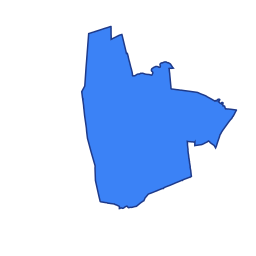 Crevedia, Dâmbovita, Romania, rotated 123°
{"feature_id": "2599482B81123677964988", "entity_name": "Crevedia", "entity_type": "district", "adm_level": 2, "iso_a3": "ROU", "parent_name": "Romania", "parent_adm1": "Dâmbovita", "projection": "mercator", "projection_center": [25.909, 44.603], "detail": "fine", "context": "isolated", "style": "filled", "palette": "blue", "viewbox_px": 256, "rotation_deg": 123, "n_neighbors": 0, "source": "geoboundaries", "source_scale": "gbopen_adm2", "svg_char_len": 5069}
<svg xmlns="http://www.w3.org/2000/svg" viewBox="0 0 256 256"><g transform="rotate(123 128 128)"><path d="M204.8,111.1L204.7,110.5L204.0,109.0L202.9,106.4L202.3,105.3L202.1,104.7L202.1,104.2L201.3,102.6L200.7,101.2L200.0,99.8L199.3,98.2L199.1,98.0L199.2,97.6L199.2,97.2L199.2,96.8L199.0,96.5L198.9,96.4L198.5,93.1L198.5,92.5L200.3,91.4L200.0,91.0L199.3,90.8L198.6,90.0L198.4,88.9L197.6,88.1L196.6,87.8L195.2,87.2L194.2,86.4L194.1,85.9L194.5,85.0L194.6,84.2L194.3,83.8L193.3,82.9L193.0,82.4L192.6,81.7L192.0,81.1L190.4,79.7L189.1,78.3L184.0,76.7L180.8,75.4L180.5,75.1L178.9,75.3L177.6,75.6L172.5,75.0L171.7,74.5L170.0,73.2L160.1,66.3L159.6,65.6L159.5,65.4L158.5,65.3L157.0,64.4L153.2,61.6L150.1,59.5L147.8,58.0L146.4,57.0L144.7,55.8L143.0,54.7L142.2,54.1L142.3,53.9L140.9,53.3L138.5,51.5L135.5,49.3L135.5,49.2L135.4,49.2L135.1,49.0L134.9,48.9L134.6,48.7L134.4,48.6L134.1,48.5L133.9,48.5L133.7,48.7L133.5,48.9L132.9,49.5L132.4,49.9L132.2,50.1L131.9,50.3L131.7,50.4L131.5,50.6L131.3,50.8L130.6,51.3L130.2,51.7L129.5,52.2L128.7,53.0L127.9,53.8L127.7,53.9L127.6,54.0L127.4,54.2L127.3,54.4L126.5,54.8L126.4,54.9L126.2,55.1L126.0,55.3L125.7,55.5L124.9,56.3L124.6,56.5L124.4,56.7L124.2,56.9L124.0,57.1L123.9,57.3L123.4,57.6L123.2,57.8L122.7,58.1L122.6,58.3L122.4,58.4L122.2,58.6L122.0,58.8L121.6,59.2L120.9,59.7L120.6,59.9L120.5,60.1L120.4,60.3L120.3,60.5L120.1,60.6L119.8,60.8L119.7,60.9L119.4,61.0L119.2,61.2L119.1,61.4L118.9,61.6L118.7,61.7L118.5,61.8L117.1,63.0L116.6,63.5L115.6,64.4L115.2,64.6L115.0,64.9L114.9,65.0L114.5,65.3L113.7,65.7L112.8,66.4L112.1,67.0L111.3,67.7L110.7,68.1L110.1,68.7L109.2,69.3L108.5,69.7L108.3,70.0L108.0,70.2L107.3,70.7L106.9,71.0L106.7,70.3L105.4,68.0L105.3,67.7L105.1,67.3L104.7,66.7L104.5,66.4L104.3,65.9L104.2,65.6L103.6,64.5L103.5,64.3L103.3,64.3L106.4,62.4L106.0,62.0L102.0,57.4L101.7,57.1L100.2,56.1L98.9,55.4L96.4,53.9L95.1,53.5L95.1,53.2L95.1,52.5L95.1,51.9L95.5,51.2L95.6,49.6L95.7,46.3L96.5,44.7L96.7,44.3L97.0,43.7L95.2,44.0L90.5,45.3L86.0,46.4L83.2,47.2L82.8,47.1L82.3,47.1L81.2,47.2L80.9,47.3L80.7,47.3L78.1,47.3L69.9,46.9L68.1,46.8L65.6,46.6L64.4,46.4L63.7,46.2L63.4,46.3L63.1,46.2L62.2,46.3L61.5,46.4L61.2,46.4L61.0,46.2L59.6,46.3L58.3,46.4L57.4,46.5L56.9,46.6L54.0,46.8L53.9,46.9L56.4,52.2L56.8,52.9L57.3,54.0L57.9,54.9L58.4,56.0L58.7,56.4L58.6,56.5L58.7,56.8L58.5,57.1L58.3,57.5L57.9,57.9L57.7,58.4L57.2,58.6L57.1,58.8L57.2,59.5L57.3,60.0L57.5,60.2L57.7,60.3L57.6,60.5L57.3,60.7L57.1,60.9L56.8,61.1L56.7,61.3L56.7,61.5L56.8,61.8L56.9,62.0L56.7,62.1L56.3,61.8L55.8,61.7L55.4,61.8L55.1,62.1L55.1,62.4L55.1,62.6L55.3,63.0L55.5,63.2L55.7,63.3L56.4,63.3L56.7,63.4L56.9,63.5L57.0,63.7L57.0,64.4L56.9,65.0L56.6,65.5L56.6,65.8L56.6,66.2L56.8,66.4L56.8,66.6L56.7,66.8L56.4,66.8L56.0,66.7L55.3,66.4L55.1,66.3L54.4,66.4L54.2,66.5L54.1,66.8L54.1,67.0L54.3,67.4L54.7,68.0L55.1,68.2L55.9,68.5L57.2,68.7L57.5,68.9L57.5,69.3L57.4,69.6L57.5,69.7L58.1,69.9L58.1,70.0L58.3,73.8L58.6,77.7L58.7,78.2L58.7,78.6L58.6,79.5L58.7,80.1L58.8,81.0L59.0,81.9L59.0,82.0L59.1,82.4L59.1,82.6L59.3,83.5L59.4,83.8L59.7,85.4L59.9,86.1L59.9,86.4L60.0,87.1L60.1,87.5L60.1,87.8L60.1,88.0L60.4,89.3L63.8,96.6L66.0,101.2L67.3,104.0L67.6,104.4L67.7,104.6L68.7,106.9L69.3,108.0L70.6,110.8L71.6,112.8L71.6,113.0L71.5,113.3L71.4,113.5L70.0,114.5L68.4,115.8L67.0,116.9L59.8,122.6L59.6,122.7L58.7,123.5L57.5,124.5L55.9,125.7L55.7,126.0L55.3,125.6L54.2,123.9L53.1,122.6L53.0,122.9L52.9,123.5L51.9,125.7L51.5,126.6L51.3,127.1L51.2,127.6L51.2,128.3L51.3,129.8L51.6,130.2L51.8,130.5L51.8,130.8L51.8,131.4L51.8,131.7L51.9,132.1L52.0,132.3L52.8,133.4L53.1,133.7L53.6,133.9L54.2,134.4L54.6,134.6L54.7,134.8L55.0,135.2L55.1,135.3L55.5,135.6L55.8,135.7L56.1,135.8L56.3,135.9L56.7,135.9L57.2,135.8L57.6,135.6L57.9,135.1L58.1,134.8L58.3,134.7L58.6,134.7L58.8,134.4L59.2,134.2L59.3,134.2L59.7,134.4L59.9,134.5L60.1,134.8L60.3,135.3L60.3,135.5L60.2,135.8L60.3,136.4L60.6,137.1L61.1,138.0L61.4,138.3L61.5,138.3L62.9,139.3L65.3,140.3L66.7,140.0L67.4,139.2L67.5,138.1L67.9,137.4L68.8,137.0L70.6,136.8L70.8,136.9L71.0,137.4L71.3,138.4L71.6,139.4L72.8,141.5L73.4,142.9L74.0,145.4L74.7,146.3L75.1,147.1L76.5,147.8L77.3,149.0L78.2,149.7L80.5,150.7L81.6,152.3L81.7,152.6L81.6,152.8L80.9,153.2L79.2,154.7L78.7,155.2L77.5,156.5L77.1,156.9L76.3,157.8L75.4,158.9L74.8,159.5L72.0,162.5L71.5,163.0L71.4,163.2L68.8,166.0L68.4,166.3L67.2,167.6L65.8,169.2L66.4,169.8L53.8,183.1L53.1,183.8L52.9,184.1L54.8,185.7L54.9,185.8L61.7,189.8L61.9,189.8L62.1,190.0L62.4,190.2L62.8,190.4L61.1,191.5L59.9,192.3L58.7,193.2L56.7,194.5L54.6,195.9L53.6,196.5L53.2,196.8L53.0,197.0L52.8,197.1L52.7,197.2L52.3,197.4L52.3,197.5L52.2,197.6L52.3,197.8L55.2,200.1L56.0,200.8L56.3,201.1L56.6,201.3L56.8,201.5L58.8,203.1L59.2,203.4L61.3,205.1L70.2,212.4L70.6,212.2L94.8,199.0L99.8,196.3L112.9,189.0L116.4,187.1L122.7,186.6L126.9,183.1L127.4,182.7L127.9,181.9L128.0,182.1L131.7,178.9L133.1,177.7L135.3,176.0L136.1,175.3L141.3,171.1L150.7,162.9L153.2,161.0L158.7,156.4L168.0,146.1L177.7,134.9L179.5,133.9L181.5,132.5L189.8,126.7L200.6,115.7L204.7,111.4L204.8,111.1Z" fill="#3b82f6" stroke="#1e3a8a" stroke-width="1.5"/></g></svg>